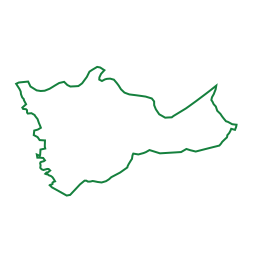 outline of Afikpo North, Ebonyi, Nigeria, rotated 266°
{"feature_id": "59680162B68024378624756", "entity_name": "Afikpo North", "entity_type": "district", "adm_level": 2, "iso_a3": "NGA", "parent_name": "Nigeria", "parent_adm1": "Ebonyi", "projection": "natural_earth1", "projection_center": [7.923, 5.873], "detail": "fine", "context": "isolated", "style": "outline", "palette": "green", "viewbox_px": 256, "rotation_deg": 266, "n_neighbors": 0, "source": "geoboundaries", "source_scale": "gbopen_adm2", "svg_char_len": 2424}
<svg xmlns="http://www.w3.org/2000/svg" viewBox="0 0 256 256"><g transform="rotate(266 128 128)"><path d="M164.1,219.0L159.7,212.6L156.6,207.9L150.2,198.0L145.4,190.3L143.4,187.0L136.8,174.2L135.6,172.4L135.7,168.3L135.7,167.9L135.7,166.9L135.7,165.8L137.8,162.7L139.5,160.1L144.7,157.1L148.9,155.7L152.7,155.9L155.8,153.8L158.1,147.8L159.0,143.7L160.1,138.4L161.4,131.7L163.1,127.9L163.6,126.9L167.1,123.7L170.9,121.7L173.4,120.1L177.2,117.3L178.5,113.6L178.5,110.4L178.1,108.4L176.7,105.3L178.3,102.7L180.5,103.0L183.9,104.9L187.3,108.5L188.1,107.4L190.3,104.5L191.1,101.5L188.6,96.5L186.9,93.5L186.1,93.0L181.8,90.5L179.6,88.6L175.8,85.4L174.5,83.4L173.3,81.4L173.3,78.4L173.4,73.4L175.1,70.5L178.5,67.5L177.7,62.5L175.2,57.5L174.7,56.6L172.6,52.5L171.0,47.5L171.0,43.5L171.9,39.5L176.2,33.6L181.3,31.6L181.0,22.3L180.4,20.7L179.9,19.5L174.4,22.5L171.8,23.5L169.2,23.6L165.9,24.6L164.0,26.1L163.0,26.1L158.8,28.0L155.7,24.0L154.3,24.7L153.9,27.5L152.8,28.5L150.4,28.4L149.4,29.1L149.5,32.7L147.5,35.7L146.3,36.3L143.2,38.4L139.1,39.5L136.6,40.4L134.3,41.1L132.7,37.9L132.0,34.3L127.5,33.5L126.4,35.3L125.2,37.2L122.1,39.0L121.4,44.3L115.5,43.7L113.3,44.0L112.6,39.2L107.4,38.5L106.4,38.1L107.9,35.2L104.7,35.5L104.5,38.5L104.0,41.3L101.5,42.9L100.7,41.6L100.5,40.2L100.0,38.4L99.0,37.9L96.9,38.2L94.4,37.7L92.8,39.0L92.0,40.7L92.8,44.6L92.6,46.0L91.0,47.4L89.8,45.7L89.3,44.8L89.3,43.6L88.1,42.3L87.7,43.0L87.2,44.9L86.3,45.8L85.5,47.7L84.3,49.1L83.4,49.7L81.6,50.7L79.9,51.5L79.5,50.0L78.8,48.9L77.4,48.8L76.9,47.8L76.7,46.3L76.4,45.9L74.1,48.0L64.9,62.1L65.3,65.6L72.2,73.1L75.1,76.2L78.5,81.0L78.4,82.7L77.3,84.3L77.2,86.8L77.6,89.0L77.2,90.7L76.3,93.9L75.5,97.9L76.5,102.4L78.2,105.5L80.1,107.9L84.1,117.0L88.7,124.6L89.8,124.9L92.0,126.2L95.1,128.4L96.3,129.3L96.9,129.8L97.3,129.9L100.1,130.5L100.6,130.7L101.5,131.1L102.1,131.5L100.9,136.5L101.9,141.7L102.7,144.2L104.5,147.9L100.5,158.1L100.3,179.3L103.0,184.8L101.5,188.6L99.8,193.9L102.0,206.0L103.1,212.2L104.1,217.9L105.9,219.7L107.6,221.0L110.3,224.2L111.7,226.0L112.7,226.4L113.8,226.5L114.9,227.6L115.9,228.6L118.1,230.0L120.0,230.9L118.7,234.6L121.0,235.7L122.4,236.2L123.7,236.5L123.9,235.3L124.5,232.2L127.1,228.2L127.9,226.2L131.0,224.0L132.2,223.2L133.1,222.6L135.6,221.2L139.0,218.2L143.3,217.1L145.8,215.1L148.4,214.1L150.1,213.1L152.8,213.9L156.1,216.1L157.1,216.5L160.4,218.1L164.1,219.0Z" fill="none" stroke="#15803d" stroke-width="2"/></g></svg>